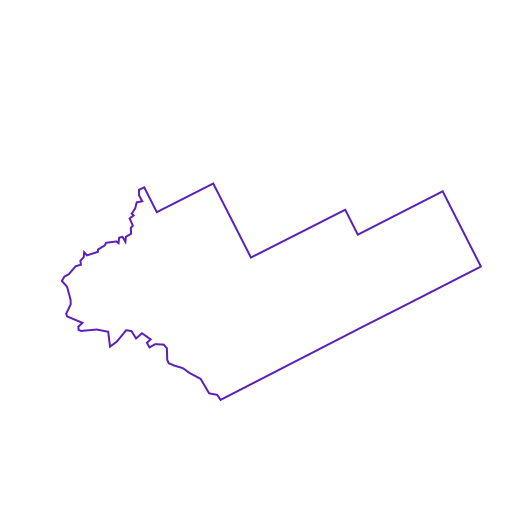 the district of Morton, North Dakota, United States of America, rotated 153°
{"feature_id": "52423323B52264110855151", "entity_name": "Morton", "entity_type": "district", "adm_level": 2, "iso_a3": "USA", "parent_name": "United States of America", "parent_adm1": "North Dakota", "projection": "natural_earth1", "projection_center": [-100.923, 46.634], "detail": "fine", "context": "isolated", "style": "outline", "palette": "violet", "viewbox_px": 512, "rotation_deg": 153, "n_neighbors": 0, "source": "geoboundaries", "source_scale": "gbopen_adm2", "svg_char_len": 1062}
<svg xmlns="http://www.w3.org/2000/svg" viewBox="0 0 512 512"><g transform="rotate(153 256 256)"><path d="M60.3,228.9L155.6,228.8L155.5,256.7L261.2,256.9L261.2,340.0L324.5,340.1L324.4,367.9L330.2,368.1L332.7,363.0L332.5,356.4L337.9,358.0L341.9,353.4L347.5,350.1L346.6,347.7L351.5,346.9L352.0,338.9L354.7,338.0L357.2,332.5L363.2,332.2L365.9,328.0L366.3,333.7L369.7,334.4L372.6,329.9L373.7,332.3L383.5,335.8L385.9,334.1L393.8,333.5L395.0,331.5L406.3,333.3L407.4,337.4L410.0,333.2L414.6,331.5L416.0,327.7L421.2,328.8L431.0,324.8L436.2,324.6L440.3,321.9L438.3,314.4L441.1,301.1L443.1,297.0L451.4,290.7L451.7,287.9L441.0,275.2L446.5,273.6L447.6,270.6L445.8,268.6L431.3,262.8L422.1,255.6L427.2,241.5L418.6,243.0L405.4,248.8L401.0,245.6L400.3,237.0L392.7,238.9L387.7,229.6L392.6,228.2L392.4,222.9L385.8,223.2L378.4,218.9L377.3,214.2L382.3,203.7L382.4,200.0L378.6,195.5L372.4,189.6L371.7,188.6L368.2,181.7L361.1,171.6L360.1,154.9L353.6,149.9L352.9,143.9L191.8,144.5L144.3,144.4L60.6,144.5L60.4,144.7L60.3,228.9Z" fill="none" stroke="#5b21b6" stroke-width="2"/></g></svg>